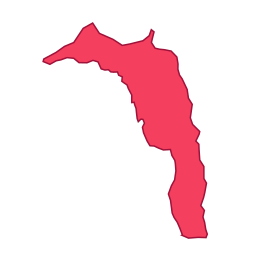 Eledio, Paphos, Cyprus, rotated 8°
{"feature_id": "46923920B56719534080492", "entity_name": "Eledio", "entity_type": "district", "adm_level": 2, "iso_a3": "CYP", "parent_name": "Cyprus", "parent_adm1": "Paphos", "projection": "albers", "projection_center": [32.562, 34.811], "detail": "fine", "context": "isolated", "style": "filled", "palette": "rose", "viewbox_px": 256, "rotation_deg": 8, "n_neighbors": 0, "source": "geoboundaries", "source_scale": "gbopen_adm2", "svg_char_len": 1428}
<svg xmlns="http://www.w3.org/2000/svg" viewBox="0 0 256 256"><g transform="rotate(8 128 128)"><path d="M34.7,74.0L41.8,75.8L47.6,71.4L51.9,69.9L57.8,66.8L64.5,66.5L70.4,70.1L78.3,69.1L83.9,65.9L89.1,66.7L93.2,73.2L97.1,73.8L100.5,73.0L103.1,74.8L105.7,74.7L109.8,74.0L111.4,77.0L115.2,78.1L115.4,82.6L118.6,84.3L121.0,85.4L122.9,89.0L127.1,94.8L127.8,99.8L128.2,102.3L130.5,101.7L131.4,104.1L133.3,107.6L134.1,111.0L135.8,117.5L137.3,120.3L139.6,117.4L141.6,117.4L143.6,120.9L142.2,125.3L143.1,127.7L144.0,130.4L145.9,133.6L148.8,138.3L152.2,142.5L156.4,142.2L161.3,143.7L166.1,144.8L173.0,143.4L175.3,149.1L178.9,153.6L179.8,156.5L181.4,163.8L181.4,172.9L179.0,179.2L177.2,187.7L180.2,193.8L183.6,206.1L186.1,210.2L190.0,214.6L193.5,220.4L196.8,226.4L196.3,226.7L203.2,228.6L212.8,226.5L220.2,225.7L220.5,225.7L221.3,222.1L219.1,217.6L217.0,210.8L214.6,205.7L215.1,199.0L210.9,194.7L212.5,186.5L213.0,181.5L213.4,171.7L210.2,167.5L208.5,155.6L203.5,149.7L201.4,139.7L200.4,134.2L197.0,131.5L199.3,124.2L199.5,121.5L191.5,115.5L188.3,109.3L188.3,103.8L188.3,95.6L183.7,90.1L181.2,81.6L174.7,71.7L171.7,68.5L169.2,62.8L168.6,57.6L166.5,50.9L160.0,45.8L153.2,45.4L148.3,45.6L143.7,45.2L139.3,40.1L139.7,35.6L140.4,29.2L137.4,27.4L136.1,33.7L130.7,39.5L118.0,44.6L110.8,47.0L100.8,42.3L86.5,38.3L78.4,29.0L69.8,35.5L62.4,50.9L53.8,56.0L46.2,63.2L35.0,71.4L34.7,74.0Z" fill="#f43f5e" stroke="#9f1239" stroke-width="1.5"/></g></svg>